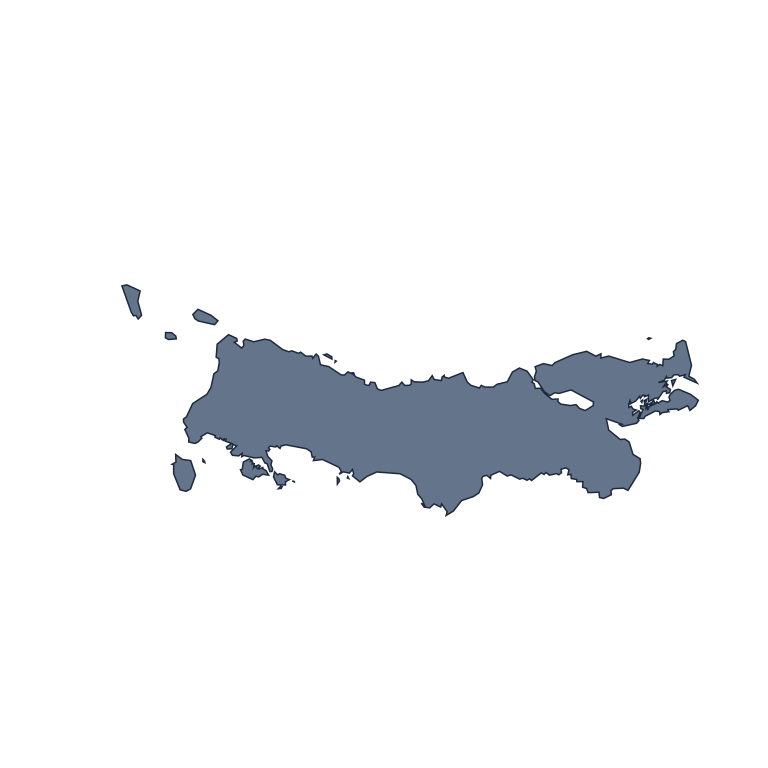 the district of Rote Ndao, Nusa Tenggara Timur, Indonesia, rotated 33°
{"feature_id": "22746128B61006797400672", "entity_name": "Rote Ndao", "entity_type": "district", "adm_level": 2, "iso_a3": "IDN", "parent_name": "Indonesia", "parent_adm1": "Nusa Tenggara Timur", "projection": "mercator", "projection_center": [123.168, -10.719], "detail": "fine", "context": "isolated", "style": "filled", "palette": "slate", "viewbox_px": 768, "rotation_deg": 33, "n_neighbors": 0, "source": "geoboundaries", "source_scale": "gbopen_adm2", "svg_char_len": 6192}
<svg xmlns="http://www.w3.org/2000/svg" viewBox="0 0 768 768"><g transform="rotate(33 384 384)"><path d="M613.9,184.2L610.8,184.5L607.3,190.9L609.8,196.0L609.1,199.3L612.0,202.4L609.4,208.1L604.6,211.0L607.8,216.8L604.6,217.4L603.4,220.2L602.8,218.7L598.2,219.3L598.4,221.2L594.0,223.2L593.8,219.7L587.1,222.3L578.3,232.2L557.2,238.2L551.8,244.1L549.5,240.5L546.5,245.3L536.2,246.2L526.3,256.7L515.7,273.0L515.0,276.9L506.6,280.1L501.3,287.2L504.8,290.3L506.3,296.1L508.8,298.9L512.1,298.4L522.8,303.2L529.6,303.3L532.0,298.3L535.9,296.6L544.1,287.1L569.4,285.0L571.2,288.1L567.3,296.6L561.3,298.0L556.3,296.7L552.0,300.6L543.2,304.6L539.5,304.0L538.1,301.8L533.2,305.4L523.8,304.4L517.7,302.2L513.3,305.3L509.9,302.0L506.9,301.9L507.0,299.2L497.0,295.3L488.8,296.9L485.2,304.0L486.2,315.0L479.0,322.6L477.2,327.2L470.3,331.6L466.3,332.2L466.2,335.4L457.5,337.8L452.7,337.0L444.0,331.4L435.0,344.0L430.7,345.3L429.8,344.0L428.9,346.4L430.2,349.9L423.6,352.9L419.9,350.7L419.5,357.1L415.5,361.3L408.2,365.7L404.6,365.7L406.8,369.1L406.1,371.2L402.2,373.9L397.9,372.7L397.3,377.2L385.1,390.9L381.1,391.7L375.6,387.8L371.7,389.8L372.3,393.1L370.0,394.5L367.8,394.7L365.5,391.4L356.9,393.4L352.5,392.6L347.1,393.5L346.0,398.0L343.0,399.7L328.1,399.5L320.3,402.5L313.8,396.4L310.8,395.8L310.2,401.3L308.4,399.8L303.3,403.2L296.8,402.7L295.6,404.8L288.6,406.4L286.6,408.8L280.4,410.3L264.9,409.3L259.6,411.3L251.8,419.5L243.1,421.9L242.6,424.7L245.5,428.1L245.2,431.4L235.7,430.5L237.5,427.9L235.7,426.0L226.7,427.3L222.4,441.5L228.7,453.0L231.7,452.7L234.2,455.8L237.4,463.5L235.8,468.1L240.7,481.0L241.1,489.0L234.2,504.6L236.2,519.1L234.9,522.6L236.8,525.2L242.4,527.6L241.7,530.6L249.9,535.8L251.8,539.0L257.9,536.8L259.5,534.2L260.8,528.7L259.1,527.9L262.4,521.2L270.7,519.1L271.2,520.7L276.1,520.0L276.0,518.3L278.8,518.9L280.3,516.3L279.8,519.3L281.6,516.5L282.0,518.4L288.7,516.7L286.1,522.6L287.9,523.9L291.7,521.2L290.2,517.0L294.2,516.1L292.4,524.8L295.7,526.4L301.3,523.4L302.8,519.4L304.3,522.4L305.5,520.2L315.2,516.8L321.6,512.0L327.1,515.1L329.4,514.5L336.0,519.6L337.7,518.4L337.0,515.9L333.2,513.4L331.9,509.5L325.9,508.0L321.4,504.2L323.8,503.0L323.9,501.1L321.8,500.2L322.3,498.1L327.5,495.8L327.6,494.2L331.9,494.7L331.4,492.1L334.8,488.5L354.3,480.5L359.8,480.6L363.6,484.4L365.7,483.0L366.5,486.7L373.6,480.8L391.5,478.4L395.7,480.4L395.6,484.0L397.6,479.9L403.5,477.6L404.1,472.9L407.4,475.6L407.5,478.2L417.1,479.2L420.0,470.9L425.9,461.7L446.4,450.5L458.6,449.3L466.1,451.7L472.4,458.1L478.4,459.8L484.3,463.8L480.1,463.6L484.8,465.4L489.8,463.0L491.2,457.3L498.6,456.3L497.6,453.2L506.5,456.7L507.7,460.4L511.4,452.8L512.6,439.4L520.3,429.7L522.9,423.8L521.6,414.9L517.4,409.9L517.3,407.6L520.0,404.6L524.8,405.2L523.3,402.3L528.5,394.3L537.4,394.1L540.1,391.0L549.6,389.9L551.7,387.5L556.4,386.8L557.7,384.2L560.3,384.6L564.4,372.8L567.5,372.7L568.1,370.0L572.4,370.4L577.3,365.3L580.1,364.9L581.2,361.7L578.9,359.1L582.2,355.3L585.8,355.1L587.6,360.1L589.9,358.0L592.6,361.3L597.6,359.1L598.9,360.9L604.0,357.5L606.8,362.4L610.9,361.3L614.3,364.0L623.2,357.7L626.6,361.8L630.6,360.3L635.0,353.0L632.5,350.0L633.2,347.0L641.6,340.9L646.6,340.3L646.1,319.0L642.4,310.7L639.5,307.2L631.2,307.4L621.2,299.1L616.0,299.0L612.3,301.9L597.5,300.2L589.3,292.0L605.3,288.2L603.8,289.8L607.0,289.8L617.2,279.4L617.7,275.8L615.3,274.4L614.3,268.3L612.3,267.6L609.7,274.7L607.9,272.5L609.8,268.4L606.4,269.4L603.5,268.0L602.2,270.4L600.1,267.5L602.1,266.2L600.1,266.9L599.3,263.8L601.8,265.6L604.4,261.1L605.1,254.9L606.8,256.4L607.1,252.3L609.5,251.3L609.1,253.4L611.8,249.2L615.5,255.1L618.9,248.4L621.4,246.4L621.9,248.4L622.2,238.4L624.6,236.0L626.0,238.0L628.4,235.6L627.2,232.5L622.4,232.7L622.4,229.2L621.9,230.8L620.7,229.7L621.0,231.9L619.8,233.9L619.9,227.3L613.2,233.4L617.0,228.4L616.8,223.8L618.2,225.0L621.8,221.9L622.2,218.4L625.8,215.9L627.6,216.5L631.6,212.1L631.8,214.9L646.1,212.7L641.6,211.0L635.4,211.5L631.7,200.8L613.9,184.2ZM646.7,225.7L633.9,228.0L631.1,231.2L629.8,236.8L630.1,239.8L632.8,241.9L632.0,244.5L626.3,246.5L624.4,250.6L622.5,250.3L622.8,251.9L618.7,258.7L619.3,262.6L617.2,259.1L617.0,261.9L615.8,259.8L611.0,262.6L612.8,264.9L615.1,264.2L616.7,273.9L620.7,271.5L620.6,268.8L626.3,258.8L630.1,257.1L632.1,259.3L633.0,256.4L638.0,252.1L636.0,250.9L643.4,245.2L645.1,245.7L650.5,236.8L655.0,239.5L657.2,232.6L656.5,226.4L646.7,225.7ZM275.6,563.1L263.6,553.5L255.9,557.1L247.7,556.6L252.1,562.9L250.0,566.7L251.5,566.2L256.4,573.8L270.7,583.8L276.6,581.7L278.9,577.3L275.6,563.1ZM132.4,448.6L128.8,438.8L114.3,440.9L110.8,444.5L132.9,461.4L136.7,463.3L138.7,461.6L142.4,463.4L143.3,458.4L132.4,448.6ZM327.3,521.1L328.2,519.4L325.9,523.0L324.4,523.5L325.0,520.3L322.9,520.2L321.4,522.4L322.6,523.5L320.5,523.0L320.2,525.3L318.6,521.6L317.0,522.9L316.7,521.1L314.4,521.4L315.0,520.1L311.9,520.1L308.5,526.1L311.5,532.6L310.3,534.1L315.2,537.2L326.2,535.6L326.8,531.1L329.5,530.2L331.5,525.7L336.9,523.3L332.4,520.9L327.3,521.1ZM201.6,420.6L187.3,422.7L185.8,429.8L189.8,432.2L194.0,432.3L209.6,426.5L210.3,421.4L201.6,420.6ZM350.5,514.6L345.3,516.1L344.3,518.1L340.0,517.2L342.0,522.2L349.5,526.6L356.4,522.3L354.7,519.5L356.8,515.7L352.9,516.5L350.5,514.6ZM178.0,456.6L172.8,459.8L175.5,464.3L179.1,464.0L185.2,459.3L183.3,457.2L178.0,456.6ZM326.7,391.5L325.4,389.6L319.7,389.9L317.7,392.3L326.7,391.5ZM399.5,489.5L397.5,487.9L395.6,487.7L399.4,493.3L399.5,489.5ZM627.2,228.2L626.1,221.3L623.2,224.5L627.2,228.2ZM621.5,252.2L619.0,250.9L618.6,256.4L620.0,255.5L621.5,252.2ZM612.9,258.1L613.4,256.2L612.6,253.8L611.2,256.4L612.9,258.1ZM352.4,529.4L354.7,527.5L354.5,525.6L353.0,526.2L352.4,529.4ZM276.6,547.5L275.5,546.5L273.2,545.8L274.4,547.8L276.6,547.5ZM616.7,257.0L615.1,257.0L614.1,259.1L616.1,258.6L616.7,257.0ZM582.8,200.4L580.9,201.0L580.3,202.5L581.7,202.5L582.8,200.4ZM608.9,258.5L610.3,259.0L609.5,256.8L608.9,258.5ZM354.2,392.5L352.3,391.1L350.9,392.3L354.2,392.5ZM331.5,390.8L330.3,391.0L331.1,392.4L331.5,390.8ZM404.4,482.8L405.9,482.5L404.1,481.4L404.4,482.8ZM617.0,257.0L618.2,255.1L618.1,254.8L617.0,257.0ZM363.0,515.0L361.3,514.7L359.8,515.4L361.1,515.1L363.0,515.0Z" fill="#64748b" stroke="#1e293b" stroke-width="1.5"/></g></svg>